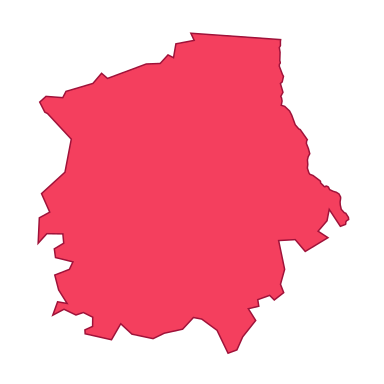 Blount, Tennessee, United States of America, rotated 274°
{"feature_id": "52423323B92517842712244", "entity_name": "Blount", "entity_type": "district", "adm_level": 2, "iso_a3": "USA", "parent_name": "United States of America", "parent_adm1": "Tennessee", "projection": "mercator", "projection_center": [-83.924, 35.674], "detail": "fine", "context": "isolated", "style": "filled", "palette": "rose", "viewbox_px": 384, "rotation_deg": 274, "n_neighbors": 0, "source": "geoboundaries", "source_scale": "gbopen_adm2", "svg_char_len": 1702}
<svg xmlns="http://www.w3.org/2000/svg" viewBox="0 0 384 384"><g transform="rotate(274 192 192)"><path d="M47.0,94.8L43.1,95.3L39.0,122.0L55.6,130.1L46.0,142.0L43.0,163.4L49.2,174.2L54.5,192.2L66.9,202.2L65.9,210.6L55.8,226.6L33.7,239.2L37.6,247.8L51.1,252.7L68.3,264.5L79.5,256.3L82.7,266.6L89.2,265.1L94.3,276.7L90.0,281.6L98.0,290.5L106.1,286.7L121.3,289.8L149.6,281.8L151.7,298.3L140.6,309.1L155.9,330.8L161.7,320.5L172.7,328.7L184.2,330.1L168.1,342.4L170.6,347.9L170.6,347.6L172.6,347.5L174.0,348.1L175.5,350.2L177.6,349.8L181.5,346.9L182.0,345.3L185.1,342.1L189.5,340.8L192.4,340.4L195.6,340.7L197.3,340.6L200.3,338.8L201.8,336.0L202.6,332.6L204.0,329.1L206.5,327.7L207.2,326.1L207.3,325.3L206.6,324.5L206.6,323.6L210.0,319.7L211.6,319.4L212.2,318.8L216.9,311.6L217.9,308.3L219.4,307.2L223.9,305.4L227.6,305.6L232.0,304.9L235.2,305.4L238.4,306.8L243.4,305.1L248.4,302.7L251.1,302.8L252.2,303.4L261.8,295.6L262.4,294.1L266.2,290.3L275.6,286.1L279.6,283.7L283.9,278.5L284.7,275.0L289.0,275.5L292.0,274.8L293.6,273.9L297.8,275.8L306.4,272.6L308.1,274.3L313.8,275.2L315.4,274.1L323.6,270.3L325.6,270.3L326.6,271.0L327.5,271.0L329.2,270.4L337.5,270.1L342.2,269.0L344.1,270.0L348.2,269.7L350.2,269.8L350.3,179.8L343.4,183.6L338.7,165.6L324.7,164.2L327.1,158.5L318.0,151.3L316.5,137.4L299.4,99.8L304.1,93.5L293.4,85.6L283.6,59.3L277.1,56.5L277.2,39.7L271.1,33.8L261.4,39.6L260.2,42.4L236.3,67.9L202.9,63.9L179.9,42.0L162.0,51.5L155.6,41.5L130.1,42.1L140.3,50.1L141.2,66.1L132.0,67.6L125.7,58.6L117.1,60.4L114.0,78.1L106.3,75.1L99.6,60.9L85.0,65.8L72.1,75.2L73.1,65.6L59.4,61.7L66.1,72.5L61.2,84.8L64.2,92.0L60.2,101.7L51.0,102.2L47.0,94.8Z" fill="#f43f5e" stroke="#9f1239" stroke-width="1.5"/></g></svg>